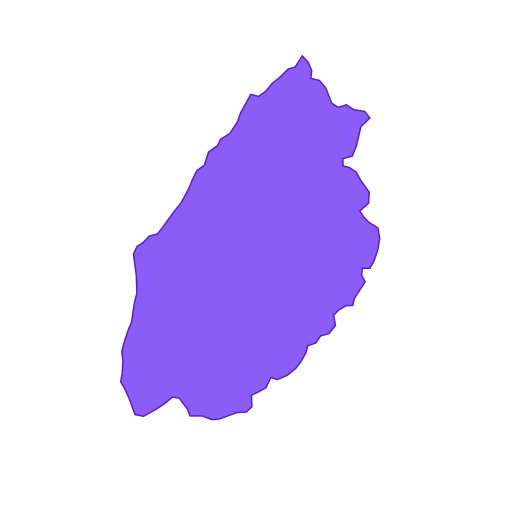 Pitangueiras, Paraná, Brazil (Robinson projection), rotated 29°
{"feature_id": "56859067B16453032256709", "entity_name": "Pitangueiras", "entity_type": "district", "adm_level": 2, "iso_a3": "BRA", "parent_name": "Brazil", "parent_adm1": "Paraná", "projection": "robinson", "projection_center": [-51.57, -23.208], "detail": "fine", "context": "isolated", "style": "filled", "palette": "violet", "viewbox_px": 512, "rotation_deg": 29, "n_neighbors": 0, "source": "geoboundaries", "source_scale": "gbopen_adm2", "svg_char_len": 1448}
<svg xmlns="http://www.w3.org/2000/svg" viewBox="0 0 512 512"><g transform="rotate(29 256 256)"><path d="M212.3,440.7L227.2,453.4L235.3,450.7L242.6,439.0L247.3,430.1L251.3,420.0L257.7,417.5L270.4,423.2L275.7,427.9L286.5,422.0L296.7,420.5L302.7,416.6L315.2,402.2L323.2,397.2L325.5,389.8L319.5,379.9L323.8,374.0L328.5,366.6L327.9,355.0L334.5,353.8L341.1,345.3L345.2,335.2L346.5,326.7L346.6,316.6L344.8,309.4L350.5,303.0L351.2,294.6L357.5,288.4L359.2,278.3L352.6,270.1L354.6,262.9L358.9,255.8L364.6,252.3L362.6,245.4L363.3,235.2L363.9,225.6L357.9,221.8L354.9,215.2L361.6,211.5L361.6,203.1L359.5,191.5L355.6,180.6L349.0,172.4L338.3,171.8L331.3,169.7L324.9,166.3L328.8,155.4L324.2,145.4L311.1,139.2L303.1,134.1L294.8,133.3L288.4,135.0L284.8,128.7L291.8,121.9L290.4,111.0L288.0,102.4L285.0,92.0L288.7,80.2L281.0,76.9L270.3,80.7L261.7,79.9L256.0,86.1L248.1,85.6L241.5,80.2L235.6,75.2L226.3,71.7L217.8,74.0L214.8,66.8L207.8,61.3L199.5,58.6L198.6,71.7L193.5,76.9L189.8,89.3L186.5,97.0L184.8,106.6L180.9,115.1L173.1,117.2L173.1,127.9L173.1,138.0L174.7,147.7L173.7,161.6L168.5,170.9L168.8,178.3L164.1,188.0L166.8,201.6L162.8,210.2L163.4,219.7L164.5,229.8L164.7,245.8L162.4,259.4L160.7,274.5L159.1,284.5L153.0,290.3L150.8,298.8L147.4,305.0L147.8,313.6L160.7,331.0L169.8,346.1L172.4,356.2L179.2,374.0L180.2,383.2L182.8,396.8L184.9,404.6L190.5,412.3L195.9,423.6L198.6,431.6L204.8,435.3L212.3,440.7Z" fill="#8b5cf6" stroke="#5b21b6" stroke-width="1.5"/></g></svg>